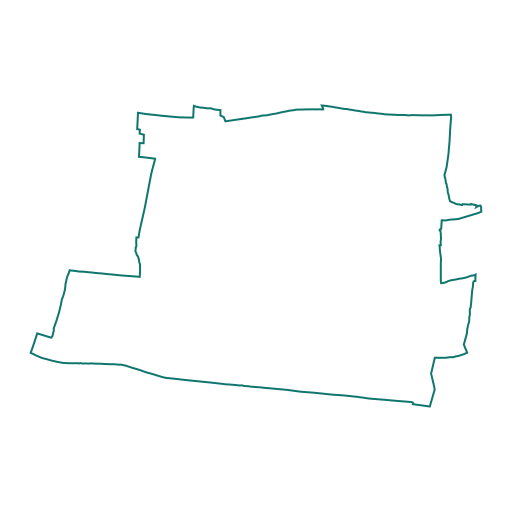 Brabova, Dolj, Romania (Natural Earth projection)
{"feature_id": "2599482B55634760087825", "entity_name": "Brabova", "entity_type": "district", "adm_level": 2, "iso_a3": "ROU", "parent_name": "Romania", "parent_adm1": "Dolj", "projection": "natural_earth1", "projection_center": [23.43, 44.36], "detail": "fine", "context": "isolated", "style": "outline", "palette": "teal", "viewbox_px": 512, "rotation_deg": 0, "n_neighbors": 0, "source": "geoboundaries", "source_scale": "gbopen_adm2", "svg_char_len": 6044}
<svg xmlns="http://www.w3.org/2000/svg" viewBox="0 0 512 512"><path d="M429.8,406.5L434.7,389.5L434.1,386.3L431.1,373.6L434.8,357.8L435.5,357.7L436.5,357.7L437.6,357.8L438.7,357.8L440.6,357.8L442.8,357.8L445.1,357.8L447.1,357.6L449.3,357.3L450.7,357.1L451.4,357.1L452.5,357.2L453.4,357.2L455.9,356.3L456.2,356.3L457.1,356.2L458.6,355.9L461.6,354.9L462.2,354.7L463.6,354.3L465.4,353.5L466.9,352.9L467.2,352.7L463.8,344.6L466.8,333.9L467.3,329.0L468.1,325.1L469.1,321.7L469.3,319.8L469.2,317.8L469.3,317.1L469.8,315.1L469.9,313.5L469.8,311.0L469.9,309.3L470.0,308.5L470.6,307.7L471.2,302.7L471.8,294.8L472.3,289.5L472.8,287.4L472.9,286.1L473.1,283.1L473.3,282.7L473.4,281.9L473.5,281.6L473.7,281.3L474.1,281.1L474.5,281.0L475.4,280.9L475.4,276.9L475.6,274.6L474.4,275.2L472.3,275.6L471.4,275.6L470.2,276.1L468.3,276.7L466.5,277.4L464.6,277.8L463.2,278.2L461.0,278.5L458.4,278.9L456.3,279.4L453.4,279.9L450.9,280.3L448.2,281.1L446.5,282.0L444.6,282.7L441.2,283.2L440.8,281.1L440.8,270.0L440.8,264.3L441.0,258.4L440.6,255.8L440.2,252.7L439.9,250.1L439.6,245.8L439.5,245.3L440.4,245.3L440.8,245.2L440.6,242.0L441.0,238.6L440.8,234.4L440.6,231.7L440.4,230.9L439.9,230.7L439.6,230.3L439.6,229.9L439.9,229.4L440.6,229.0L441.2,228.8L441.7,220.3L443.2,220.3L444.3,220.4L445.3,220.5L446.5,220.3L449.7,219.7L450.9,219.6L455.5,219.3L457.2,219.1L459.4,218.7L462.3,217.8L467.9,216.1L470.7,215.3L474.2,214.2L476.8,213.5L478.9,212.7L481.3,211.7L481.2,210.5L481.2,210.3L481.1,207.3L481.0,206.5L480.8,206.1L480.6,206.0L480.3,205.9L480.1,205.5L479.7,205.6L478.2,206.1L477.3,206.6L476.7,206.9L477.2,206.1L476.4,205.9L476.6,205.4L475.3,204.9L475.2,205.1L471.1,204.0L471.0,204.5L468.4,204.5L462.5,204.2L462.1,205.1L461.0,204.9L459.8,204.5L458.7,204.4L458.0,204.3L456.8,204.2L456.0,203.9L455.1,203.5L453.5,202.7L452.2,202.3L451.2,201.7L450.4,201.5L450.2,201.4L449.5,199.6L448.4,194.1L447.8,192.6L447.6,189.5L447.5,188.3L447.1,187.6L446.9,186.6L446.6,184.4L446.3,183.6L445.9,183.0L445.8,182.5L445.8,181.8L445.7,181.3L445.6,180.5L445.4,179.6L445.3,178.6L445.1,177.9L444.8,177.3L444.5,175.0L444.5,174.6L444.9,173.5L446.6,167.0L448.2,156.1L448.6,152.7L448.8,149.6L449.5,142.0L450.3,127.1L451.1,117.8L450.9,114.7L450.0,114.7L442.5,114.9L432.4,115.4L427.6,115.3L420.2,115.3L414.2,115.1L411.8,115.1L410.4,115.2L409.3,115.4L404.4,115.0L403.2,115.0L402.2,114.9L400.6,115.0L399.2,114.9L398.0,115.1L397.1,114.9L393.3,114.7L391.4,114.6L389.1,114.6L387.1,114.4L385.4,114.3L384.6,114.4L383.4,114.0L381.5,113.8L380.5,113.7L377.4,113.4L374.1,112.9L369.5,112.6L367.4,112.3L366.6,112.3L365.8,112.3L364.3,111.9L362.8,111.7L362.1,111.6L361.4,111.5L360.4,111.3L358.6,111.0L355.2,110.5L349.9,109.6L348.4,109.4L347.8,109.2L347.0,109.0L346.4,109.0L345.9,109.0L345.5,109.0L343.5,108.8L337.3,107.7L334.7,107.3L332.8,106.9L325.8,105.9L323.2,105.6L321.8,105.5L322.0,105.9L322.8,107.8L323.3,109.1L323.2,109.4L320.9,109.4L319.2,109.3L317.8,109.3L316.3,109.4L312.2,109.3L309.5,109.4L306.8,109.4L305.0,109.4L303.1,109.5L299.1,109.6L297.6,109.6L295.9,109.7L293.5,110.2L289.4,110.7L285.7,111.5L283.3,111.9L280.6,112.5L278.0,113.1L276.6,113.5L272.2,114.2L267.2,115.2L265.2,115.4L262.0,115.6L258.8,116.4L225.4,121.3L225.2,120.8L223.8,117.1L220.4,115.5L220.4,112.9L220.4,110.1L218.9,110.0L214.3,109.4L213.5,109.2L211.2,108.4L210.4,108.2L208.5,108.4L206.9,108.3L202.9,107.7L201.3,107.6L200.4,107.6L195.6,106.5L193.9,105.8L193.7,107.5L193.4,113.2L193.2,117.5L191.0,117.6L185.8,117.5L178.8,117.3L162.1,115.8L155.5,115.0L151.2,114.6L145.8,114.0L138.0,112.8L137.2,129.1L139.9,129.7L139.6,133.6L141.2,134.0L143.9,134.7L143.6,143.2L142.0,143.2L139.6,143.0L139.5,146.7L139.0,156.8L144.8,157.4L155.1,158.7L154.6,161.1L152.1,170.3L151.0,175.0L144.8,207.7L139.9,229.4L139.2,233.0L138.5,237.4L136.4,237.4L136.2,242.1L136.4,245.2L136.4,245.7L136.3,246.7L136.2,246.9L135.9,247.0L135.7,247.2L135.7,247.4L135.6,247.7L135.7,248.2L135.7,249.4L135.5,249.9L135.4,250.4L135.5,251.4L135.7,252.0L136.1,252.7L136.3,253.0L136.5,253.9L136.6,254.7L137.0,255.4L138.0,256.4L138.1,256.7L138.3,257.6L138.8,259.1L139.1,260.9L139.5,263.0L139.7,263.7L140.0,264.3L140.1,271.1L139.7,276.8L120.7,275.4L117.9,275.1L111.2,274.4L108.6,274.2L102.0,273.5L99.9,273.3L97.9,273.2L94.0,272.8L92.0,272.5L88.1,272.2L86.7,272.0L82.1,271.6L81.4,271.6L80.2,271.6L77.7,271.4L76.6,271.1L75.9,271.0L74.5,270.9L73.1,270.7L69.9,270.4L69.7,270.3L69.3,271.5L68.5,273.7L67.8,275.3L67.1,276.9L66.3,280.5L65.5,284.0L65.3,287.0L64.6,291.1L63.1,296.5L62.4,297.9L61.7,300.0L61.4,302.0L61.0,304.1L59.4,311.0L57.4,317.7L55.9,322.3L54.9,325.2L53.8,328.1L53.8,329.4L53.7,331.2L53.2,332.6L53.1,333.5L52.8,334.8L52.4,336.0L51.3,337.7L37.2,333.4L34.1,343.1L30.7,352.9L32.8,353.8L35.9,355.4L42.0,358.0L47.2,359.3L52.0,360.7L57.9,362.0L62.9,362.9L63.8,363.0L64.6,363.0L67.7,363.2L69.1,363.2L72.8,363.3L75.3,363.2L76.6,363.2L77.7,363.3L78.8,363.3L79.7,363.4L80.1,363.2L81.1,363.2L82.3,363.4L83.2,363.6L84.7,363.4L88.8,363.6L90.6,363.4L91.0,363.4L96.6,363.7L98.3,363.7L102.0,363.8L104.1,364.0L106.2,364.0L107.1,364.1L108.2,364.1L109.1,364.1L110.4,364.2L111.2,364.3L112.5,364.2L113.5,364.2L117.1,364.5L119.9,364.7L120.5,364.6L120.9,364.6L121.6,364.8L122.5,364.9L123.3,365.2L124.2,365.3L124.9,365.4L127.1,366.1L128.9,366.7L131.0,367.4L133.1,368.1L135.5,368.7L136.4,369.0L137.5,369.3L138.7,369.7L140.7,370.3L141.4,370.5L142.0,370.8L142.4,371.1L143.7,371.4L144.9,371.9L147.2,372.6L149.5,373.2L150.5,373.5L152.3,374.0L156.6,375.3L158.5,375.9L160.1,376.4L162.0,377.0L164.3,377.5L165.3,377.7L166.4,378.0L168.3,378.1L174.9,378.8L176.8,379.0L183.6,379.8L196.3,381.1L200.1,381.5L211.1,382.6L223.5,384.0L224.9,384.2L226.1,384.4L228.1,384.4L236.5,385.1L239.0,385.4L239.8,385.5L240.4,385.4L242.3,385.4L243.0,385.7L244.3,386.0L248.3,386.2L250.3,386.6L260.8,387.4L264.8,387.9L267.7,388.1L287.4,389.9L300.5,391.7L313.7,392.7L331.9,394.6L343.4,395.4L345.6,395.6L353.8,396.5L357.9,396.9L359.3,397.2L363.8,397.7L365.2,398.0L369.7,398.6L383.5,399.7L396.9,400.9L410.9,402.0L412.2,402.3L412.8,402.6L413.2,403.1L413.3,403.6L413.0,404.2L429.8,406.5Z" fill="none" stroke="#0f766e" stroke-width="2"/></svg>